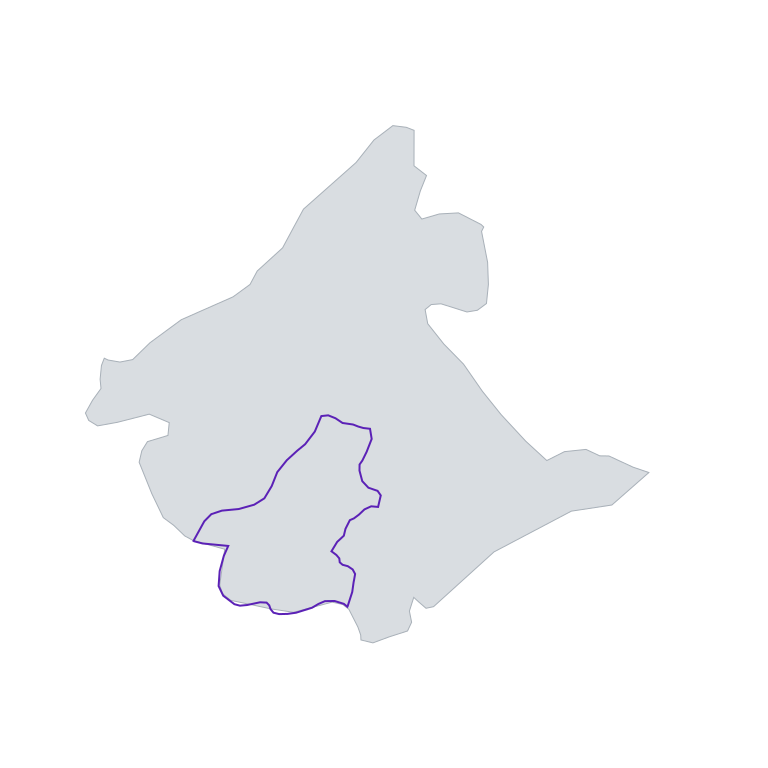 location of Nikšic within Montenegro, rotated 286°
{"feature_id": "MNE-1514", "entity_name": "Nikšic", "entity_type": "Municipality", "adm_level": 1, "iso_a3": "MNE", "parent_name": "Montenegro", "parent_adm1": "", "projection": "natural_earth1", "projection_center": [18.786, 42.872], "detail": "fine", "context": "in_parent", "style": "outline", "palette": "violet", "viewbox_px": 768, "rotation_deg": 286, "n_neighbors": 0, "source": "natural_earth", "source_scale": "10m", "svg_char_len": 2280}
<svg xmlns="http://www.w3.org/2000/svg" viewBox="0 0 768 768"><g transform="rotate(286 384 384)"><path d="M331.7,108.0L331.0,112.1L332.3,124.1L338.2,135.7L359.2,147.7L389.9,171.4L426.2,214.9L442.8,227.8L457.7,231.0L486.9,249.0L507.2,253.4L529.9,258.4L589.2,296.1L615.8,307.1L634.8,321.3L636.9,334.7L636.1,343.0L602.0,352.7L596.1,367.4L579.6,365.7L559.5,365.6L553.0,374.9L562.7,390.3L569.0,408.4L564.1,433.3L562.4,436.6L557.6,435.7L529.4,450.1L508.5,456.9L489.6,460.3L480.6,453.4L476.1,443.9L476.8,416.7L473.4,407.5L466.9,403.0L454.0,409.4L438.9,430.5L425.0,455.0L404.1,480.6L386.8,505.1L368.1,536.0L355.3,561.6L368.7,576.1L376.8,596.2L374.4,611.2L376.8,620.0L372.7,646.4L371.9,663.0L330.5,636.4L313.4,599.1L252.9,536.0L183.6,493.0L180.0,486.2L183.8,478.0L187.1,471.4L172.7,471.0L162.6,476.2L153.1,474.7L142.3,458.6L132.1,444.7L131.6,432.4L136.3,430.8L143.2,425.9L157.8,412.3L160.7,405.1L160.0,394.2L139.6,359.9L136.7,337.6L133.8,296.1L138.1,286.3L145.6,281.5L181.3,276.4L180.9,244.1L183.0,234.4L190.1,221.0L194.7,208.7L214.5,191.1L241.3,170.2L253.1,169.6L263.4,172.5L275.0,190.5L287.7,188.2L290.3,166.6L273.7,138.3L264.8,120.2L267.6,110.2L273.8,105.0L288.0,108.3L301.7,113.2L310.3,109.8L323.9,107.3L331.7,108.0Z" fill="#d9dde1" stroke="#a8b0b8" stroke-width="1"/><path d="M185.4,278.9L180.7,253.5L180.5,244.8L180.7,244.1L185.4,245.2L202.5,249.1L211.3,253.9L217.6,263.1L223.8,278.9L232.2,292.5L241.1,300.5L254.9,304.2L269.9,305.7L274.9,307.8L284.0,311.6L296.0,319.0L304.4,324.8L319.2,330.6L335.9,332.6L338.5,339.0L337.7,346.8L335.1,354.9L336.5,365.2L336.5,365.8L336.0,371.0L336.0,376.3L337.1,382.9L327.8,387.3L314.0,386.0L304.5,384.3L299.9,382.7L294.0,384.3L284.6,389.9L280.0,397.6L279.5,407.3L276.0,411.6L264.2,412.2L262.9,405.4L258.1,399.8L251.5,395.9L246.5,392.1L243.7,388.7L234.2,386.9L227.1,387.2L219.3,382.5L208.7,379.6L206.5,385.4L204.0,389.1L200.4,390.6L198.8,394.0L198.9,399.4L197.1,405.0L193.4,408.6L187.7,409.2L185.2,409.4L175.3,410.8L160.3,410.3L159.8,410.2L161.6,406.0L161.8,396.3L159.0,387.1L154.5,381.6L149.1,376.5L139.9,362.5L136.4,354.6L133.9,346.6L133.7,340.8L136.3,337.0L139.6,334.7L141.5,331.4L140.0,325.0L133.8,313.3L131.2,306.6L131.1,300.9L136.2,287.8L144.2,280.7L158.9,277.6L174.6,277.4L185.4,278.9Z" fill="none" stroke="#5b21b6" stroke-width="2"/></g></svg>